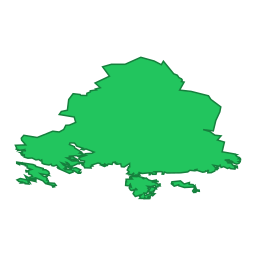 Mandal nor, Vest-Agder, Norway
{"feature_id": "86288312B66644758166065", "entity_name": "Mandal nor", "entity_type": "district", "adm_level": 2, "iso_a3": "NOR", "parent_name": "Norway", "parent_adm1": "Vest-Agder", "projection": "equal_earth", "projection_center": [7.487, 58.066], "detail": "fine", "context": "isolated", "style": "filled", "palette": "green", "viewbox_px": 256, "rotation_deg": 0, "n_neighbors": 0, "source": "geoboundaries", "source_scale": "gbopen_adm2", "svg_char_len": 5864}
<svg xmlns="http://www.w3.org/2000/svg" viewBox="0 0 256 256"><path d="M15.4,145.3L16.6,147.9L16.2,149.2L18.3,149.6L17.7,150.6L24.8,149.5L24.5,150.5L26.0,150.8L21.7,150.7L22.4,152.0L20.3,152.5L21.5,152.9L20.9,153.5L21.6,154.3L23.4,153.8L21.6,154.9L22.8,155.8L24.3,155.0L24.1,157.0L27.8,158.2L32.1,158.0L35.9,159.9L38.9,159.5L40.5,160.8L41.7,160.0L42.1,163.2L44.0,164.1L49.0,165.0L51.1,164.2L52.0,165.7L53.9,166.0L56.6,165.1L58.9,167.7L57.6,167.7L58.0,168.3L69.5,173.4L73.1,172.0L72.5,170.6L73.4,170.4L78.1,173.3L80.5,173.2L80.9,172.4L79.0,172.7L78.8,171.7L80.7,169.9L76.0,167.7L73.0,168.1L69.2,166.2L67.6,166.5L69.0,168.1L71.3,168.5L71.2,169.8L65.4,169.7L64.5,169.0L66.9,168.9L66.8,167.9L64.4,167.4L66.2,167.2L66.3,166.2L63.4,165.0L61.5,162.9L68.6,165.3L66.3,162.4L67.3,162.6L69.3,164.4L69.5,165.9L72.3,166.3L77.7,163.7L79.3,163.9L80.0,162.9L82.5,163.8L82.8,162.7L78.4,161.8L78.3,160.8L72.1,161.0L66.8,157.9L70.5,157.8L69.9,158.8L70.8,159.3L75.1,159.6L77.0,159.3L72.3,156.7L68.6,156.3L76.5,155.6L79.3,157.2L79.0,156.0L84.2,155.1L81.3,153.7L82.8,153.6L82.2,153.0L79.6,153.0L81.1,151.9L74.7,148.0L74.4,146.7L69.4,144.5L69.9,143.0L71.6,142.9L74.6,143.1L76.8,146.1L83.2,148.3L81.4,149.3L83.9,149.9L85.9,148.9L94.1,152.1L91.8,153.3L85.1,153.7L84.4,154.9L85.9,155.4L80.5,157.1L78.9,158.7L80.5,160.3L84.5,161.0L84.4,162.5L83.1,163.4L83.6,164.3L82.1,164.9L84.2,166.4L84.6,167.8L91.1,168.0L90.5,166.3L92.8,166.0L91.9,165.0L97.9,163.0L100.5,163.5L100.3,164.8L103.1,164.7L102.1,165.5L104.5,166.5L105.5,166.0L104.5,165.5L104.7,163.9L107.4,165.4L108.2,164.0L112.1,164.4L112.8,162.4L115.0,162.1L114.7,162.7L116.4,163.1L115.7,163.8L117.0,164.3L120.7,163.8L121.4,166.7L124.2,167.0L129.6,163.5L129.7,166.8L128.5,166.8L128.2,167.8L129.0,168.3L128.2,168.2L127.2,170.0L129.1,171.9L126.9,173.7L131.5,174.8L134.2,172.8L132.4,175.0L135.5,176.4L137.1,176.1L134.6,175.0L139.6,175.1L138.5,174.0L140.1,173.6L138.5,172.2L142.2,173.5L149.2,172.8L149.3,174.8L150.2,174.6L150.1,172.8L152.3,173.0L151.7,173.6L152.3,174.3L156.0,174.3L156.4,172.9L154.7,171.8L161.1,171.6L162.5,172.1L162.1,174.1L163.7,174.2L164.5,172.1L167.0,173.0L180.6,172.8L187.8,171.9L189.9,170.3L194.8,170.8L195.8,170.6L195.1,169.7L196.9,169.4L196.7,170.2L202.6,172.2L205.0,171.9L205.6,170.9L207.7,171.5L207.7,170.5L208.3,170.5L207.8,172.8L211.2,172.7L214.8,171.0L215.3,169.2L216.9,169.8L218.4,168.2L217.1,168.0L218.0,166.8L215.4,167.6L213.2,165.2L219.2,166.2L220.1,165.2L221.1,167.5L223.7,166.6L227.6,168.5L229.4,167.6L230.3,168.6L235.0,169.1L235.5,167.4L234.9,167.0L237.4,167.9L237.3,166.2L235.2,165.8L234.6,166.6L234.5,165.6L233.3,165.6L231.2,163.1L228.6,162.9L229.5,162.1L227.4,162.0L226.9,160.8L224.7,160.0L228.5,159.8L227.9,160.4L231.2,161.0L232.3,161.5L231.4,162.1L236.6,164.1L239.1,163.2L239.8,162.2L238.7,161.6L240.2,161.4L239.9,160.0L240.6,159.8L240.4,158.6L238.3,158.7L239.3,157.5L236.7,156.5L235.7,155.2L236.9,154.7L235.3,154.3L235.9,154.2L222.1,151.8L224.4,142.1L217.4,140.0L221.0,135.9L214.9,135.2L209.7,131.5L203.1,129.6L213.3,130.9L215.8,120.5L219.8,111.9L220.8,106.9L210.9,99.5L208.5,95.8L191.1,91.4L179.6,90.1L184.1,82.1L181.4,81.6L182.3,80.1L181.5,78.9L178.9,77.6L177.3,75.2L173.7,73.8L163.4,61.2L161.3,64.7L154.1,61.0L140.8,57.3L125.1,64.3L111.4,64.3L102.6,66.8L109.5,76.2L95.1,83.0L100.3,87.7L95.5,89.0L96.4,89.9L90.3,90.8L90.3,91.9L86.9,93.3L86.7,95.5L80.7,95.4L80.1,94.5L73.1,93.7L68.7,99.5L67.4,110.2L61.3,111.5L59.2,114.5L74.2,117.0L75.7,122.4L69.4,125.1L65.8,125.3L63.7,129.5L59.2,132.0L52.8,131.2L37.2,137.5L23.8,135.3L21.3,138.2L21.6,140.1L25.7,144.9L15.4,145.3ZM137.1,176.7L130.3,176.3L131.3,177.0L129.1,177.8L131.0,177.6L132.3,179.0L126.1,179.3L126.5,181.6L125.9,181.4L125.6,185.4L130.4,186.1L129.7,184.9L130.3,184.1L131.3,187.1L130.1,186.6L129.2,187.9L130.5,190.0L132.0,190.6L133.2,189.8L133.9,190.6L136.2,188.0L135.7,188.8L137.5,189.9L135.1,189.4L133.1,193.7L135.3,196.5L141.7,194.6L139.6,196.8L140.6,198.0L140.0,198.4L144.0,198.5L145.1,196.9L144.3,198.7L149.8,198.6L150.1,197.8L147.8,197.4L148.3,196.2L150.3,196.3L151.5,194.9L152.7,195.8L154.8,193.8L150.6,193.5L151.6,192.0L153.5,192.1L153.5,190.7L154.4,190.7L155.0,188.9L156.5,188.9L156.2,188.1L152.8,187.2L153.4,186.8L150.0,187.2L150.5,187.8L148.3,191.9L150.3,192.0L149.4,193.9L144.8,195.6L144.1,193.0L146.5,193.4L149.0,189.2L147.9,188.2L149.0,187.4L147.6,186.3L150.9,186.6L155.2,185.4L155.8,186.9L157.7,186.9L157.6,186.1L160.2,185.9L159.6,184.7L160.6,183.7L158.5,184.4L153.8,182.0L151.7,182.1L158.7,181.6L156.2,180.8L156.2,180.0L151.9,180.9L148.5,179.9L146.3,178.0L143.3,178.7L142.7,178.2L143.6,177.8L137.7,176.2L137.1,176.7ZM33.0,164.5L17.6,162.2L18.8,163.6L16.7,162.8L16.7,163.4L19.5,164.7L19.5,163.9L20.7,163.9L24.1,164.8L23.6,163.4L25.5,164.6L25.4,165.8L27.2,166.0L27.1,167.8L31.5,169.5L28.6,170.3L28.6,171.3L25.2,170.2L26.6,170.7L25.9,170.9L26.2,172.0L28.6,171.7L28.7,174.0L31.5,175.0L32.4,176.5L29.8,177.2L30.4,177.4L29.5,178.2L25.1,175.7L27.4,180.0L20.3,178.5L17.0,179.9L19.2,181.7L22.0,182.0L20.8,183.0L24.8,182.8L25.1,183.7L28.5,184.0L27.9,183.5L28.8,182.9L28.4,182.1L30.0,182.9L28.3,179.9L35.8,181.6L34.8,180.0L36.0,180.0L36.0,179.2L31.7,179.8L30.1,179.0L35.6,177.8L42.8,180.7L45.6,183.6L52.8,185.5L52.2,185.9L52.8,187.1L54.3,186.8L53.4,185.9L56.1,185.4L54.5,183.3L47.5,182.8L48.6,181.8L48.0,180.2L46.7,180.1L47.3,178.7L46.2,177.3L47.2,176.3L43.9,176.6L40.4,173.7L49.0,175.3L48.1,174.5L49.4,173.7L48.6,171.6L45.8,169.8L43.0,169.7L43.3,168.5L35.5,166.4L35.5,165.5L33.0,164.5ZM180.5,180.9L171.9,181.8L171.5,183.4L173.7,184.1L172.0,184.3L174.2,186.2L178.7,184.8L178.8,185.8L184.4,187.5L193.8,187.0L194.5,188.2L192.6,191.0L193.7,192.5L195.9,192.3L194.6,191.9L194.9,190.7L199.3,191.3L199.2,190.1L197.0,189.9L196.7,190.7L196.4,189.1L195.0,189.3L195.9,188.4L195.7,187.2L194.1,187.0L195.1,186.8L195.0,185.6L194.4,186.2L193.1,184.6L189.2,184.3L189.4,182.5L184.2,184.0L180.5,180.9Z" fill="#22c55e" stroke="#15803d" stroke-width="1.5"/></svg>